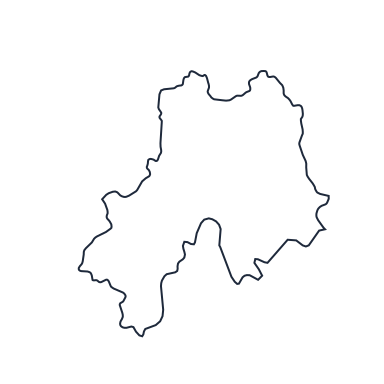 the Province of Trento, rotated 155°
{"feature_id": "ITA-5460", "entity_name": "Trento", "entity_type": "Province", "adm_level": 1, "iso_a3": "ITA", "parent_name": "Italy", "parent_adm1": "", "projection": "albers", "projection_center": [11.175, 46.106], "detail": "fine", "context": "isolated", "style": "outline", "palette": "slate", "viewbox_px": 384, "rotation_deg": 155, "n_neighbors": 0, "source": "natural_earth", "source_scale": "10m", "svg_char_len": 4737}
<svg xmlns="http://www.w3.org/2000/svg" viewBox="0 0 384 384"><g transform="rotate(155 192 192)"><path d="M300.3,84.3L301.8,89.1L302.2,94.3L303.8,95.7L308.7,96.6L310.5,97.4L311.8,98.4L312.3,99.1L312.8,99.8L313.1,100.6L313.2,101.7L312.9,102.9L311.8,104.5L310.9,105.3L309.3,106.4L308.1,107.5L307.5,108.1L307.1,108.9L306.6,110.2L306.2,112.1L305.3,119.9L304.9,120.8L304.0,121.5L301.0,121.8L300.2,122.2L296.9,124.7L296.3,125.4L296.0,126.4L296.2,128.0L296.6,129.2L297.1,130.1L303.7,137.5L304.6,138.9L305.0,139.7L305.4,140.5L305.4,141.9L305.2,146.2L305.5,147.6L306.1,148.5L306.9,148.8L307.9,148.8L312.2,148.7L313.1,148.9L313.8,149.3L314.4,149.9L315.1,151.5L315.6,152.2L316.3,152.7L318.1,153.3L318.8,153.7L319.2,154.1L319.3,154.3L318.1,158.7L318.0,160.2L318.1,161.5L318.5,162.3L319.0,162.9L320.3,164.1L325.8,167.1L326.4,167.6L326.9,168.2L327.3,169.1L327.2,170.1L326.6,171.1L324.9,172.2L322.6,173.2L321.5,174.0L320.3,175.4L316.5,181.2L315.7,182.8L315.1,183.8L314.1,184.8L311.9,185.9L304.1,188.6L300.5,191.0L298.8,191.6L296.8,191.9L286.9,192.1L281.2,193.2L280.2,193.6L279.5,194.7L278.8,196.8L279.0,199.8L279.3,201.3L280.0,203.4L280.1,204.4L279.9,205.5L279.0,206.9L277.5,208.3L276.9,209.6L276.3,211.5L275.7,218.2L276.5,223.4L270.9,225.7L268.0,226.1L263.7,225.7L261.9,225.1L261.1,224.7L260.6,224.1L260.0,223.5L259.6,222.7L258.5,219.4L258.4,219.2L257.4,217.8L256.2,216.7L255.6,216.2L254.8,215.8L253.9,215.5L252.9,215.4L250.6,215.3L242.4,216.3L240.8,217.0L232.7,222.7L228.1,224.0L224.1,224.4L223.2,225.0L222.4,225.9L221.8,227.9L221.8,229.2L221.9,230.3L222.6,232.0L222.7,232.8L222.4,233.8L221.2,235.0L220.1,236.3L218.9,238.4L218.1,239.5L216.7,239.8L215.8,239.6L214.9,239.1L213.6,238.0L213.0,237.4L212.6,236.7L212.2,236.0L211.7,235.4L210.9,235.1L210.1,235.2L209.4,235.7L208.8,236.2L206.5,238.7L203.7,240.5L202.9,241.5L202.2,243.1L201.4,246.2L200.0,249.5L189.7,268.4L189.3,269.3L189.5,270.6L190.0,272.6L189.9,273.5L189.5,274.2L187.5,275.4L186.8,276.0L186.4,276.8L186.5,278.1L187.0,281.1L186.9,282.0L186.8,282.9L180.2,294.3L177.1,297.1L173.9,296.9L165.0,293.8L164.0,293.6L163.1,293.7L161.3,294.2L160.1,294.1L158.7,293.8L156.6,293.1L155.6,293.2L154.7,293.7L152.4,297.2L151.8,297.9L151.2,298.5L150.5,298.9L149.8,299.1L146.7,298.2L145.9,298.5L145.3,299.0L144.3,300.4L143.7,301.0L143.0,301.5L142.2,301.7L141.2,301.6L140.0,300.6L138.5,298.9L136.0,294.8L134.4,293.3L133.2,292.5L131.3,292.8L130.6,292.3L130.2,291.2L130.3,288.9L131.2,283.9L131.3,282.8L131.5,282.0L131.7,281.1L132.1,280.2L132.5,279.4L134.9,277.0L135.4,276.3L135.6,275.2L135.5,273.7L134.8,271.2L134.5,269.5L133.6,267.8L132.8,266.7L125.7,262.3L122.5,260.4L119.9,259.5L119.2,259.3L117.6,259.3L111.8,260.3L110.8,260.3L109.9,260.0L107.6,258.8L106.8,258.4L105.8,258.3L104.8,258.4L101.3,259.4L100.3,259.5L97.4,259.3L96.6,259.5L96.0,260.1L95.6,260.8L95.2,261.7L95.0,262.6L94.8,264.7L94.7,265.7L94.4,266.5L94.0,267.3L93.4,268.0L92.6,268.4L91.8,268.7L89.8,268.9L85.4,268.6L84.5,268.8L83.7,269.2L81.3,271.5L80.6,271.9L79.7,272.2L78.9,272.3L77.9,272.2L76.2,271.5L74.6,270.7L74.0,270.0L73.8,268.9L74.4,265.7L74.3,264.5L73.5,263.6L72.6,263.2L69.6,262.4L68.9,261.9L68.4,261.3L67.8,260.1L66.2,253.7L65.1,250.7L65.1,249.5L65.2,247.9L66.0,245.3L67.2,242.8L67.4,241.8L67.4,240.6L66.8,239.0L65.3,236.5L65.0,235.6L64.7,234.7L64.5,233.8L64.3,232.6L64.2,229.2L64.0,228.1L63.8,227.4L63.2,227.0L59.5,226.0L58.6,225.6L57.9,225.2L57.4,224.5L56.9,223.8L56.7,222.9L56.8,221.3L57.3,219.4L58.5,216.0L59.4,214.4L60.2,213.5L62.5,212.1L63.2,210.5L64.0,207.9L65.3,202.0L66.2,199.6L67.0,198.0L68.3,196.9L73.6,191.6L74.1,190.9L74.5,190.2L74.8,188.7L75.9,178.8L75.9,172.2L76.2,170.5L76.5,169.3L78.1,166.0L80.7,159.0L80.7,157.2L80.3,154.5L79.0,148.9L78.7,146.4L78.6,144.5L78.9,143.5L79.1,142.5L79.1,141.4L78.9,139.4L78.6,138.5L76.7,136.1L69.8,130.7L71.0,128.0L74.1,125.2L75.2,124.6L76.2,124.4L80.3,124.7L82.4,124.4L84.0,123.8L84.8,123.4L86.1,122.4L87.9,120.4L88.5,119.6L89.1,118.4L89.5,117.4L89.7,116.3L89.6,113.2L88.2,105.7L87.8,103.8L87.2,102.0L93.1,103.3L108.7,94.3L111.8,94.5L114.2,96.8L118.0,104.1L125.5,108.3L153.5,95.9L156.0,97.7L160.7,103.2L163.0,104.5L165.4,101.4L164.1,93.8L163.8,86.5L169.2,84.5L174.9,92.2L177.4,93.5L179.8,93.9L182.2,93.3L188.2,89.1L189.9,89.6L191.2,92.6L192.1,98.5L189.7,130.1L189.8,132.1L181.7,146.3L181.3,150.9L182.6,155.2L185.1,158.7L187.9,161.0L192.6,161.8L197.0,159.9L205.1,152.7L210.6,145.1L212.4,143.8L214.9,145.3L217.3,148.5L220.0,150.1L223.0,147.0L223.8,144.1L224.2,141.1L224.8,138.3L226.7,135.8L228.7,134.9L232.9,134.2L234.9,133.1L236.5,130.8L237.5,128.4L238.8,126.7L241.2,126.3L249.7,128.2L252.6,127.3L256.7,124.4L258.4,122.4L259.9,119.8L267.9,97.4L271.2,91.9L275.5,88.3L281.1,86.7L292.2,87.6L294.5,85.9L296.3,83.5L298.1,82.3L300.3,84.3Z" fill="none" stroke="#1e293b" stroke-width="2"/></g></svg>